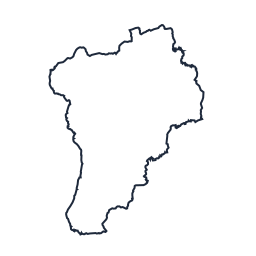 outline of Wajo, Sulawesi Selatan, Indonesia, rotated 165°
{"feature_id": "22746128B4429389080756", "entity_name": "Wajo", "entity_type": "district", "adm_level": 2, "iso_a3": "IDN", "parent_name": "Indonesia", "parent_adm1": "Sulawesi Selatan", "projection": "albers", "projection_center": [120.188, -3.968], "detail": "fine", "context": "isolated", "style": "outline", "palette": "slate", "viewbox_px": 256, "rotation_deg": 165, "n_neighbors": 0, "source": "geoboundaries", "source_scale": "gbopen_adm2", "svg_char_len": 5802}
<svg xmlns="http://www.w3.org/2000/svg" viewBox="0 0 256 256"><g transform="rotate(165 128 128)"><path d="M187.9,204.1L188.2,202.1L188.8,201.0L188.8,200.2L189.3,199.9L190.6,197.9L191.0,193.7L192.1,191.6L192.4,190.0L191.8,186.8L191.4,185.8L190.7,185.7L190.7,184.6L190.3,183.4L190.0,183.1L190.3,182.3L190.2,180.9L189.6,180.1L188.0,179.9L187.3,179.3L186.8,179.4L186.3,178.6L185.2,178.2L184.2,177.0L182.2,176.5L181.3,175.5L181.7,175.1L181.7,174.1L180.2,170.3L179.6,169.9L177.9,170.2L177.4,169.5L177.6,166.0L178.5,165.9L178.9,165.5L178.8,165.2L179.6,164.7L182.7,159.6L182.6,158.1L183.9,157.7L184.8,156.7L185.1,154.3L184.4,153.4L185.1,153.0L185.4,152.0L185.0,150.4L184.2,149.6L184.7,148.3L184.6,147.5L184.3,147.0L185.1,146.0L185.1,145.1L185.9,145.2L186.3,143.9L185.7,142.8L184.3,141.8L183.9,141.8L183.1,140.5L182.8,140.4L182.0,137.8L181.6,137.1L181.0,137.4L180.5,136.1L181.4,135.5L183.2,133.4L183.4,132.3L183.0,131.9L183.6,131.8L183.8,131.5L184.0,129.5L183.5,128.1L181.5,125.5L180.5,123.3L179.7,120.4L179.0,119.3L179.0,118.1L180.1,114.9L180.3,113.8L180.0,113.6L181.4,109.1L181.6,106.7L181.2,105.2L181.9,104.6L185.0,97.8L184.9,97.1L186.3,94.2L186.5,92.5L187.7,92.8L189.7,90.6L191.3,86.5L193.0,83.5L193.4,82.3L193.2,82.0L193.5,82.0L196.3,77.1L197.4,76.5L198.2,73.9L200.8,70.5L204.0,67.4L207.1,64.8L208.9,62.4L209.6,62.0L210.1,60.6L210.2,58.6L210.1,56.6L209.4,55.8L209.3,52.7L208.7,50.4L209.0,48.6L208.2,47.5L208.9,47.2L209.2,45.0L208.6,44.1L206.7,43.2L207.6,42.4L207.0,42.6L206.5,43.3L206.3,42.6L206.7,42.3L206.4,42.0L206.1,42.2L206.3,43.2L206.0,42.7L206.2,43.2L205.1,43.0L204.0,42.0L203.2,41.9L202.7,39.9L201.7,38.5L201.5,37.5L200.7,37.6L200.9,38.0L200.3,38.6L200.3,38.3L199.7,38.1L199.5,37.6L198.1,36.8L197.3,36.7L196.6,37.1L196.1,37.0L195.6,37.2L194.3,36.1L192.2,36.0L186.5,34.9L185.4,34.1L183.3,34.1L183.1,33.6L181.3,33.4L178.6,34.5L176.6,33.4L175.5,34.1L177.2,38.0L177.1,39.2L177.7,40.9L177.5,42.2L172.6,45.4L171.5,46.8L171.3,48.7L169.8,51.2L168.7,51.4L167.4,53.6L164.0,54.5L163.0,53.9L160.8,53.5L159.4,54.7L158.4,55.0L156.5,54.5L155.4,53.1L153.9,53.1L153.2,52.7L150.7,50.5L149.6,50.6L149.2,51.9L148.0,53.0L147.8,54.0L146.7,55.8L144.6,56.7L143.0,56.9L142.5,57.3L142.4,58.7L141.7,58.6L141.3,61.6L140.7,63.8L139.2,65.5L139.4,66.0L139.2,66.4L137.2,68.4L136.5,70.3L135.7,70.6L134.8,70.5L127.7,68.8L125.6,69.2L123.9,70.0L123.9,70.6L123.2,70.8L122.6,71.9L123.4,72.3L123.4,72.8L124.0,73.0L124.2,73.6L123.3,74.4L123.2,75.5L124.9,76.7L125.1,77.3L122.5,78.6L122.2,79.7L122.5,81.2L122.1,82.2L120.7,82.8L121.4,85.3L121.1,86.5L120.5,87.0L119.3,87.1L118.0,87.9L117.6,89.5L117.7,90.4L118.3,91.1L117.9,91.7L115.6,92.9L115.0,92.7L114.8,92.0L114.3,93.3L113.3,93.6L113.5,92.8L112.4,93.0L111.9,92.3L112.7,92.3L112.4,90.2L109.8,89.9L109.6,90.9L107.7,91.3L106.9,90.8L105.5,91.3L105.2,92.4L103.8,92.1L103.7,93.1L102.9,92.4L101.9,93.7L100.9,93.4L100.4,93.8L99.6,93.8L98.6,94.5L98.4,95.0L98.0,94.5L96.4,94.3L96.3,96.5L95.6,97.4L93.9,98.5L94.1,100.7L93.8,102.0L94.9,103.0L92.0,110.4L91.9,111.4L90.8,112.8L87.3,115.4L86.6,117.0L86.7,117.7L86.1,118.5L84.1,119.0L82.5,118.5L81.3,118.5L81.9,116.1L81.0,115.3L80.1,115.7L80.5,116.5L80.1,117.0L79.5,116.9L79.2,115.9L78.6,116.0L78.3,116.3L78.2,116.9L77.0,116.5L75.7,117.7L72.6,118.3L71.9,118.1L72.1,117.1L71.4,117.0L70.5,118.6L67.7,118.8L67.5,119.3L67.2,118.7L65.6,118.1L65.2,119.3L61.8,118.1L61.4,116.3L58.5,117.2L54.5,117.4L54.8,117.8L54.4,118.1L55.1,118.5L54.4,120.2L54.0,120.5L54.1,122.8L53.2,125.1L53.1,126.4L51.2,128.2L51.4,132.2L51.1,133.1L48.9,135.7L47.5,137.9L45.8,143.1L47.9,145.8L48.3,150.3L50.4,153.3L50.1,154.7L50.3,155.1L49.7,155.7L51.2,157.3L48.1,160.0L47.7,160.9L47.0,163.0L46.9,164.3L47.2,165.4L46.8,167.2L47.1,167.2L46.9,167.6L47.3,167.9L47.0,168.7L47.7,170.2L49.6,170.7L49.8,171.2L49.5,171.5L50.0,171.7L50.0,172.3L50.6,172.3L51.2,171.7L50.9,171.2L51.2,170.7L51.6,171.3L51.9,171.3L52.0,172.0L52.6,172.6L54.1,172.8L54.1,173.4L55.1,174.4L55.3,174.3L55.2,173.3L55.9,173.5L55.9,173.9L56.3,173.8L56.4,174.3L55.7,175.0L55.9,175.9L56.6,175.7L57.1,176.5L58.3,176.1L58.2,176.5L58.9,176.8L58.8,177.3L59.5,177.4L59.1,178.6L59.4,178.8L59.3,179.5L58.4,181.0L57.6,181.3L57.1,183.0L55.6,183.7L55.2,184.5L54.9,185.9L55.3,186.6L55.8,186.6L56.0,187.3L55.6,188.0L55.1,188.1L56.0,188.4L55.8,189.4L56.3,189.9L57.2,189.9L57.2,190.4L56.6,190.5L56.3,191.0L56.4,191.5L56.8,191.3L57.1,191.5L56.5,191.9L57.3,191.8L57.6,192.3L57.9,191.6L58.1,191.5L58.1,191.9L58.3,192.0L58.9,191.1L61.2,191.1L61.5,191.8L61.3,192.5L62.0,192.7L62.9,191.5L63.0,190.9L62.3,191.0L62.5,190.6L62.3,190.5L62.2,189.8L62.7,189.7L63.0,190.0L62.5,190.0L63.1,190.1L64.3,192.0L64.1,193.0L63.4,193.6L63.5,194.8L62.5,197.3L61.3,197.7L60.3,198.8L60.5,201.2L61.1,202.9L60.9,203.2L61.1,205.2L60.6,206.4L60.8,208.0L60.2,208.5L60.0,209.5L60.0,211.9L61.0,213.4L65.0,213.7L66.8,214.2L67.0,214.7L66.7,215.6L67.0,216.8L67.7,218.3L68.6,218.7L71.5,217.8L72.8,216.7L77.4,216.7L80.9,216.1L81.8,217.3L82.6,217.3L83.8,216.7L84.8,216.8L85.8,216.2L88.2,216.0L91.0,215.1L91.7,215.8L91.8,217.2L91.2,219.0L91.6,220.3L91.2,221.2L92.1,222.3L94.8,222.6L98.7,222.1L101.1,222.1L100.4,218.3L101.3,216.1L100.9,214.7L102.0,210.9L102.5,210.8L104.1,211.4L105.9,211.2L109.0,212.4L112.2,211.2L114.9,209.7L115.7,208.0L116.4,205.0L118.1,204.5L118.8,203.6L119.5,203.6L120.4,202.7L120.8,203.9L121.3,204.2L123.4,203.6L124.2,204.3L125.5,204.4L127.2,205.1L128.5,204.5L130.8,204.8L132.1,205.8L133.6,206.0L136.4,207.8L144.1,208.0L146.2,207.4L148.1,209.4L148.1,211.2L148.8,213.2L148.6,215.0L149.7,216.9L150.4,217.5L151.8,217.5L153.2,218.3L154.0,218.4L156.2,217.8L157.9,216.8L160.8,213.6L162.1,211.5L163.4,210.7L165.9,210.1L167.8,211.1L168.4,211.1L171.9,209.1L173.8,208.4L178.5,208.8L181.7,206.2L182.9,206.2L183.4,205.7L183.1,205.1L183.3,204.6L185.2,203.5L185.6,203.7L185.7,203.4L186.4,203.3L187.2,204.2L187.9,204.1Z" fill="none" stroke="#1e293b" stroke-width="2"/></g></svg>